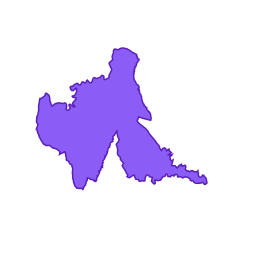 outline of Leribe, Leribe, Lesotho, rotated 20°
{"feature_id": "5366337B97368011547382", "entity_name": "Leribe", "entity_type": "district", "adm_level": 2, "iso_a3": "LSO", "parent_name": "Lesotho", "parent_adm1": "Leribe", "projection": "albers", "projection_center": [28.079, -28.875], "detail": "fine", "context": "isolated", "style": "filled", "palette": "violet", "viewbox_px": 256, "rotation_deg": 20, "n_neighbors": 0, "source": "geoboundaries", "source_scale": "gbopen_adm2", "svg_char_len": 5899}
<svg xmlns="http://www.w3.org/2000/svg" viewBox="0 0 256 256"><g transform="rotate(20 128 128)"><path d="M220.9,153.2L220.8,152.0L220.0,151.1L218.9,148.9L217.3,147.8L216.0,147.5L215.7,146.7L214.3,146.6L214.1,147.1L214.0,148.1L213.2,149.4L211.7,149.7L211.3,149.5L209.8,147.3L209.5,146.0L208.8,145.6L208.3,144.3L207.8,145.4L206.0,146.3L205.6,146.2L204.9,146.4L203.3,146.0L203.0,146.4L202.3,146.4L201.4,147.1L200.9,148.0L199.8,148.1L199.5,147.7L197.6,148.2L197.4,147.9L196.1,147.2L195.7,146.6L195.8,145.1L194.8,143.5L194.3,143.5L192.4,145.0L192.3,145.3L191.6,145.1L191.2,144.5L191.2,145.1L190.9,145.3L190.4,144.2L189.7,144.6L188.5,146.5L188.5,147.4L187.9,148.7L185.1,147.3L182.4,148.4L181.5,147.4L181.7,146.3L181.2,142.6L180.3,143.9L179.5,144.0L179.0,143.3L178.3,143.2L178.1,142.2L177.1,140.5L178.3,139.2L178.5,137.7L177.6,138.6L175.3,139.3L177.1,136.3L174.4,135.1L173.9,133.8L173.1,134.3L172.8,135.4L172.2,136.1L171.4,135.7L170.9,134.8L169.1,134.1L167.6,135.4L167.2,137.7L165.6,136.8L164.3,135.7L163.7,134.5L162.7,133.7L160.1,132.4L159.2,131.5L149.4,125.8L148.1,124.3L144.5,122.4L137.7,120.2L135.6,119.2L134.1,118.1L134.3,115.5L134.1,113.9L138.7,113.8L146.7,113.0L146.5,111.2L144.3,107.1L143.3,106.2L142.4,105.5L141.8,105.7L141.1,105.0L139.3,104.2L138.5,102.3L137.7,102.4L136.9,102.1L136.4,101.6L135.5,101.6L135.2,101.1L135.1,100.4L133.1,99.1L130.5,95.3L130.3,94.5L128.7,92.4L126.6,90.9L126.6,90.4L125.7,88.4L125.4,88.1L124.9,88.6L124.5,88.6L124.6,88.2L124.0,87.5L124.5,87.1L124.5,85.9L123.1,84.3L121.0,83.9L120.2,83.2L119.6,82.3L118.0,81.1L117.0,80.0L115.1,76.4L115.3,75.7L114.9,75.0L115.0,74.5L114.2,74.0L114.8,72.8L114.7,72.6L114.2,72.8L114.4,71.8L113.8,71.2L114.3,70.1L113.4,68.3L114.2,68.0L114.0,67.1L114.4,66.6L114.2,65.3L113.8,64.6L114.6,62.5L114.4,61.8L115.1,60.4L114.7,59.5L113.3,59.5L112.7,59.0L112.4,58.6L112.6,58.1L111.5,57.3L111.0,56.0L105.7,55.3L103.2,54.5L100.1,54.0L97.0,54.3L95.5,54.7L93.6,55.8L92.4,57.4L91.4,58.0L88.7,58.2L88.2,58.7L88.0,59.4L87.9,60.2L88.7,62.8L88.5,65.0L88.8,66.6L90.2,69.1L88.0,73.1L88.4,74.2L92.6,78.5L92.8,79.2L92.2,85.0L92.8,87.0L92.5,87.8L90.1,90.2L89.1,90.6L88.5,89.8L87.6,87.6L87.3,87.4L85.5,87.4L84.5,89.6L83.1,91.2L81.0,92.4L79.2,92.1L78.8,92.4L78.3,93.3L78.3,97.1L77.9,98.1L76.2,98.4L73.4,96.9L72.9,97.6L73.0,99.0L72.6,100.0L72.0,100.4L70.1,100.1L69.3,100.3L69.0,101.0L68.7,103.2L68.3,104.1L67.1,104.2L65.6,103.3L64.8,103.5L62.9,105.4L62.1,106.6L61.9,107.6L59.9,108.6L59.7,109.5L59.9,109.9L60.7,111.0L62.2,112.0L63.2,111.9L63.7,111.5L64.4,110.6L65.2,108.7L65.7,108.4L66.1,108.6L67.1,110.8L67.3,112.9L66.7,115.5L66.2,116.3L64.8,116.9L64.8,117.4L65.1,117.7L65.9,118.0L68.7,117.5L69.2,117.9L69.2,118.9L67.6,122.9L67.5,123.9L67.9,124.5L70.6,125.8L70.7,126.2L70.5,126.6L68.8,126.6L65.8,125.5L64.9,125.7L64.7,126.1L64.7,126.8L66.6,128.6L66.9,129.3L66.0,131.3L64.5,132.1L64.0,132.0L63.5,131.3L63.1,129.1L62.1,126.9L61.2,126.2L59.9,126.0L58.9,127.1L54.5,128.0L53.4,128.5L51.2,130.2L49.3,133.0L48.7,133.3L45.3,129.1L43.6,125.6L42.5,124.2L39.7,123.3L39.1,123.3L38.6,123.9L39.0,125.5L38.7,126.3L36.4,129.8L35.1,130.4L36.4,137.4L37.2,140.0L37.9,141.4L38.3,144.6L38.8,145.8L38.8,147.2L38.4,147.9L39.6,152.8L40.3,154.0L42.2,155.5L42.3,160.7L43.3,161.0L43.8,162.0L44.4,162.4L44.8,163.5L46.9,165.2L47.2,165.5L47.0,165.9L47.5,166.4L49.9,168.7L51.4,169.9L52.4,170.4L52.6,171.0L54.4,172.1L55.2,171.8L55.6,172.2L57.0,172.5L60.5,171.1L63.8,172.5L66.5,172.2L68.8,172.4L71.8,173.4L72.2,174.3L72.7,176.3L74.0,174.5L75.4,173.6L76.1,172.4L76.7,172.0L77.2,172.3L77.2,172.8L77.7,173.0L78.3,173.7L78.8,175.2L80.3,177.0L80.9,179.1L81.9,179.4L83.7,179.5L84.1,179.7L84.3,180.5L85.6,181.6L87.8,181.9L88.0,182.4L88.3,182.6L88.4,183.2L89.8,184.7L91.3,189.8L92.2,191.3L93.3,194.4L94.5,195.6L95.1,197.1L97.8,200.5L100.3,202.0L103.0,201.5L105.9,200.3L106.8,201.8L106.6,199.4L107.5,195.8L107.2,192.0L107.6,191.2L106.8,188.7L107.9,188.6L110.5,189.1L113.2,188.6L113.8,188.8L114.2,189.4L115.4,189.5L116.0,189.1L115.4,188.4L116.4,187.5L115.6,185.6L116.1,183.9L115.5,183.6L116.2,182.6L116.5,179.1L115.6,178.8L115.2,178.2L116.4,177.5L116.7,177.1L116.7,176.4L116.3,175.7L116.4,175.0L117.5,173.8L117.1,173.1L116.7,173.8L116.3,173.7L116.3,173.1L117.0,172.5L117.1,172.1L116.0,170.0L116.6,169.1L116.1,168.8L115.7,167.7L116.4,165.3L116.3,164.6L116.6,163.8L116.2,163.4L116.2,163.0L116.7,162.6L116.0,161.7L116.4,161.5L117.0,160.7L116.8,159.4L117.1,158.9L116.7,158.4L116.9,157.4L116.5,157.1L116.8,156.7L116.3,154.7L116.5,153.0L117.3,152.2L116.8,151.5L116.8,150.8L117.1,150.4L117.0,149.8L116.6,149.2L116.7,147.5L118.4,145.8L117.4,144.6L117.4,144.2L118.0,143.6L116.6,141.1L117.4,139.9L117.8,138.8L118.2,135.9L118.6,134.7L119.6,136.8L121.7,140.1L123.4,141.4L123.7,144.0L122.7,146.6L122.7,147.7L124.2,149.4L126.0,152.4L126.2,153.9L127.1,156.1L127.6,156.7L130.4,158.0L131.0,158.6L131.7,160.2L135.8,162.5L135.4,165.0L135.8,165.8L139.8,168.9L140.6,169.3L141.9,171.1L143.6,171.8L143.9,172.6L143.6,173.9L144.9,174.4L146.3,174.3L149.4,170.2L150.0,170.2L150.4,170.6L150.7,171.4L152.9,173.5L155.3,172.9L156.6,174.1L157.4,174.1L159.7,172.6L161.2,172.4L161.8,171.9L161.9,171.3L161.2,169.1L161.1,168.5L161.4,167.3L161.3,166.2L161.9,165.7L163.8,165.3L164.3,165.6L164.6,166.5L167.7,166.0L167.9,166.8L168.0,169.2L168.3,170.1L171.3,171.6L171.9,171.6L172.5,170.8L172.1,169.6L171.1,168.3L171.2,167.7L174.7,167.0L176.5,165.7L177.4,162.1L177.9,161.5L179.2,160.8L179.3,159.1L179.8,158.3L180.2,158.0L182.1,159.9L184.5,159.4L185.0,158.0L185.7,157.0L186.5,156.9L186.9,157.4L187.5,157.5L188.2,156.6L188.2,155.5L188.8,155.1L189.9,155.1L190.9,155.7L191.1,156.7L191.7,157.0L194.2,155.7L196.6,156.2L197.5,155.1L199.1,154.1L202.0,154.0L202.7,154.5L203.1,154.4L204.1,154.8L204.4,155.9L204.8,156.0L205.8,156.0L207.1,155.4L207.5,155.5L208.3,156.3L209.4,156.7L210.6,156.7L214.0,155.6L215.8,154.4L216.4,153.6L218.0,154.1L218.7,154.7L219.2,154.8L220.0,154.4L220.1,153.9L220.9,153.2Z" fill="#8b5cf6" stroke="#5b21b6" stroke-width="1.5"/></g></svg>